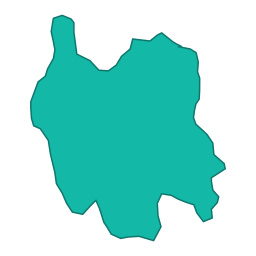 Geumsan-gun, South Chungcheong, South Korea
{"feature_id": "91817680B68842805087026", "entity_name": "Geumsan-gun", "entity_type": "district", "adm_level": 2, "iso_a3": "KOR", "parent_name": "South Korea", "parent_adm1": "South Chungcheong", "projection": "mercator", "projection_center": [127.492, 36.118], "detail": "fine", "context": "isolated", "style": "filled", "palette": "teal", "viewbox_px": 256, "rotation_deg": 0, "n_neighbors": 0, "source": "geoboundaries", "source_scale": "gbopen_adm2", "svg_char_len": 1119}
<svg xmlns="http://www.w3.org/2000/svg" viewBox="0 0 256 256"><path d="M90.0,60.7L76.8,54.1L73.9,32.2L73.9,22.7L71.0,19.0L62.2,15.4L53.4,18.3L51.2,31.5L53.4,41.7L54.9,49.7L53.4,58.5L47.6,68.8L45.4,76.1L38.1,81.9L30.8,101.7L30.8,108.3L31.5,118.5L32.0,120.1L33.7,125.8L40.3,128.7L48.3,140.4L50.5,154.3L54.9,172.6L56.4,183.6L62.2,193.1L66.6,203.3L68.7,206.5L72.4,212.1L82.7,214.3L90.7,205.5L95.9,200.4L99.5,208.5L103.9,222.4L106.8,226.7L111.2,234.1L120.7,238.4L128.0,237.0L139.0,236.3L153.6,240.6L155.5,237.1L161.0,226.7L158.0,215.8L157.3,203.3L161.7,193.8L171.2,195.3L177.8,198.9L185.1,201.9L193.9,204.8L196.8,212.8L203.4,221.6L212.2,218.0L211.4,209.2L217.3,202.6L218.7,196.8L212.9,190.2L211.4,181.4L211.4,177.7L225.2,168.8L224.2,163.7L213.9,154.6L212.8,143.1L207.1,134.6L200.6,128.5L195.9,124.3L193.5,117.7L194.5,110.2L195.9,104.1L199.2,99.0L199.6,90.6L199.7,78.3L197.5,71.7L198.3,62.2L196.1,52.7L190.2,49.0L179.2,46.8L180.7,46.1L176.3,43.9L172.7,41.7L161.7,32.9L157.3,35.1L150.0,41.0L132.7,39.0L130.2,49.0L121.5,56.3L116.3,65.1L108.3,70.9L98.8,70.2L90.0,60.7Z" fill="#14b8a6" stroke="#0f766e" stroke-width="1.5"/></svg>